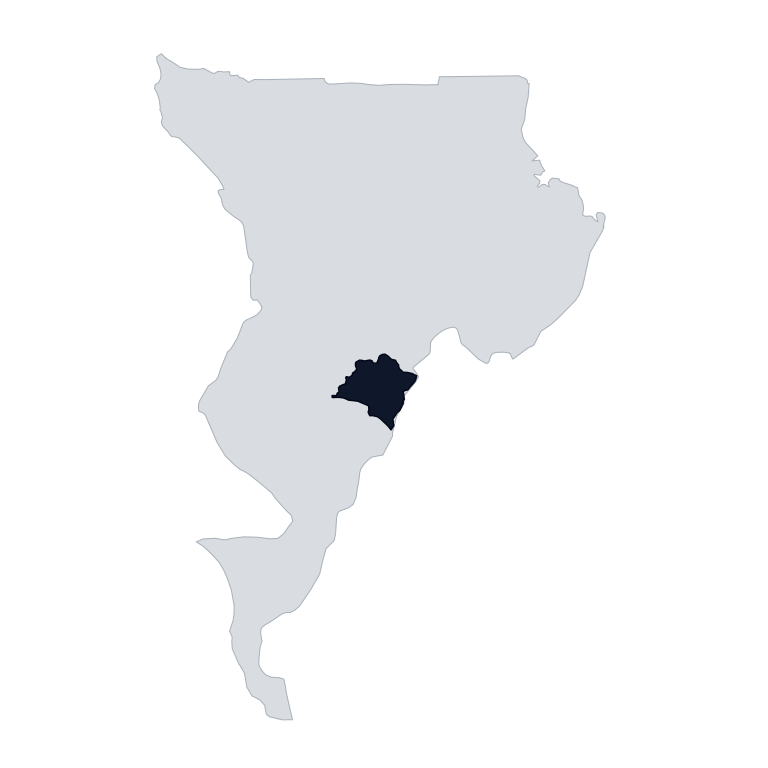 location of Faro-et-Deo, Adamaoua, Cameroon, rotated 179°
{"feature_id": "32672807B79440248069412", "entity_name": "Faro-et-Deo", "entity_type": "district", "adm_level": 2, "iso_a3": "CMR", "parent_name": "Cameroon", "parent_adm1": "Adamaoua", "projection": "orthographic", "projection_center": [12.392, 7.524], "detail": "fine", "context": "in_parent", "style": "filled", "palette": "ink", "viewbox_px": 768, "rotation_deg": 179, "n_neighbors": 0, "source": "geoboundaries", "source_scale": "gbopen_adm2", "svg_char_len": 5821}
<svg xmlns="http://www.w3.org/2000/svg" viewBox="0 0 768 768"><g transform="rotate(179 384 384)"><path d="M161.3,537.6L163.0,533.1L175.7,511.8L183.8,477.6L187.4,469.6L191.1,464.2L209.5,446.1L216.4,440.3L226.3,433.8L233.4,420.4L235.7,419.0L238.9,417.9L254.6,406.6L256.0,408.8L257.0,411.6L258.2,412.8L263.3,413.7L270.3,413.7L274.3,412.9L276.5,410.6L278.7,404.3L280.0,403.1L281.6,402.8L289.2,407.3L301.8,419.7L305.0,422.0L306.4,424.4L309.1,435.7L310.7,438.5L313.4,439.7L318.3,438.9L323.4,437.0L327.9,434.1L332.3,430.4L335.4,427.0L336.7,424.5L337.3,415.3L338.3,413.2L354.8,399.9L354.4,398.6L351.7,394.9L349.3,390.7L351.7,386.5L354.3,383.2L363.8,372.1L364.4,364.0L372.0,351.4L376.4,334.6L376.5,331.4L386.4,313.0L396.8,311.3L400.8,308.8L405.4,304.2L408.4,299.9L409.8,295.9L410.8,288.1L412.6,279.2L413.8,271.4L416.9,264.2L422.1,260.6L431.1,257.5L432.4,256.1L433.7,251.3L435.0,235.4L436.5,228.4L444.8,220.4L448.5,208.0L451.7,194.9L461.2,179.2L472.2,163.5L477.3,159.3L481.6,157.3L486.6,157.1L490.0,155.9L501.9,148.1L506.8,145.4L510.5,142.7L511.4,140.3L511.7,136.9L510.5,128.8L512.5,122.9L513.6,113.7L514.1,106.6L513.6,104.1L511.4,99.9L507.8,95.5L501.8,92.8L493.6,92.1L489.3,90.6L487.7,82.4L487.1,77.2L481.4,49.9L491.7,50.0L504.2,53.2L507.3,55.6L509.0,64.9L513.6,70.2L521.5,74.5L526.5,83.5L528.5,97.1L533.0,105.2L534.0,106.5L540.3,121.8L540.7,128.9L540.2,133.7L542.8,139.6L539.1,149.8L538.0,156.0L537.7,164.7L540.1,180.1L543.9,192.0L547.9,201.6L552.3,209.0L559.6,217.2L567.3,224.7L574.4,229.4L567.8,232.2L555.1,232.7L547.7,231.1L544.2,231.0L540.7,232.1L527.1,233.6L513.3,233.0L500.6,231.2L492.8,231.5L486.9,236.1L482.0,243.0L477.5,248.5L479.1,254.5L482.6,257.8L489.2,265.2L495.2,272.3L498.2,277.1L510.1,287.5L521.6,296.8L527.0,300.0L529.0,300.7L535.3,306.0L543.9,314.8L551.9,328.5L563.2,356.1L565.6,358.4L569.4,359.8L569.9,362.7L569.7,367.1L568.5,370.6L559.7,385.1L552.0,390.7L549.7,394.1L546.9,402.5L539.8,419.0L536.8,421.3L529.8,432.5L524.2,446.5L522.8,448.7L520.4,450.4L512.3,454.0L509.5,455.7L505.4,460.1L504.8,463.0L506.8,466.9L509.1,470.1L513.4,470.1L515.7,473.1L515.8,494.8L513.9,498.1L513.9,499.6L513.0,503.3L512.7,507.5L513.3,509.1L515.0,510.5L517.3,513.4L518.5,520.0L521.4,543.5L522.7,547.2L525.0,549.8L532.2,554.8L539.8,561.4L542.2,565.7L543.6,572.8L546.5,578.3L546.5,580.2L545.3,581.0L540.6,581.5L542.2,585.5L546.1,592.5L565.5,614.1L584.1,633.3L588.4,634.7L591.7,635.1L593.1,636.2L594.8,639.0L601.0,646.0L602.1,650.0L600.8,653.9L602.2,659.9L603.3,662.1L602.9,664.1L603.6,671.4L605.4,677.8L608.1,683.3L607.7,687.1L604.2,689.3L602.1,692.9L601.5,697.9L602.6,703.9L605.4,711.0L605.4,715.2L600.9,718.1L596.0,713.2L590.5,709.9L582.3,704.2L574.0,702.2L563.3,701.9L558.7,702.7L550.7,698.1L548.2,697.4L544.6,699.4L542.2,699.5L539.2,698.8L533.1,698.9L532.5,695.6L531.5,694.9L524.9,695.3L522.8,692.5L522.0,692.8L519.4,692.0L514.1,688.1L508.5,690.7L497.0,690.4L438.6,690.5L437.3,686.9L434.3,685.0L429.1,684.8L413.6,685.6L401.8,685.0L393.8,683.6L383.9,682.7L371.7,683.4L359.2,683.3L336.8,682.3L324.4,682.4L324.7,684.7L323.9,686.3L323.3,690.2L244.1,689.8L237.7,687.1L235.7,685.4L235.1,682.2L233.6,681.8L234.9,668.0L237.6,656.6L238.7,646.0L242.4,636.5L240.5,627.1L238.2,622.9L226.3,609.5L231.8,604.5L224.5,605.1L223.0,600.2L219.5,594.2L221.7,593.3L223.7,590.0L230.3,591.0L230.1,589.5L224.5,584.4L225.0,581.9L227.3,579.1L226.2,577.9L222.2,580.8L219.2,580.7L217.0,578.8L215.3,578.4L216.3,582.3L214.0,585.7L211.9,586.9L208.2,586.6L205.2,585.8L204.4,583.8L201.6,582.4L193.7,579.8L187.0,576.8L185.7,568.6L183.1,565.1L182.0,561.1L181.4,556.6L182.4,549.6L180.7,548.5L178.8,548.1L175.9,548.4L173.2,548.0L170.1,544.1L167.3,542.6L169.0,549.7L167.1,551.7L162.3,551.1L160.2,548.4L159.9,546.4L162.1,537.8L161.3,537.6Z" fill="#d9dde1" stroke="#a8b0b8" stroke-width="1"/><path d="M411.0,406.7L411.3,406.5L411.9,406.0L412.2,404.4L412.1,402.5L410.9,399.2L412.2,397.9L413.4,396.6L415.2,395.5L415.6,393.5L416.6,392.6L418.8,391.2L420.4,391.8L421.5,391.9L422.1,391.1L422.0,390.0L421.2,389.4L421.7,388.2L422.1,386.7L422.5,384.9L423.9,384.4L425.8,383.7L427.1,383.1L428.2,382.7L428.7,381.8L429.5,381.2L429.2,377.8L429.1,376.8L430.8,375.7L431.9,373.1L435.1,373.4L436.1,373.1L436.0,371.6L435.1,371.3L433.1,371.5L430.4,371.4L428.8,371.4L424.8,370.8L422.1,369.7L419.8,368.5L415.5,368.0L410.5,367.3L406.1,365.3L405.8,365.2L399.8,362.5L399.5,358.7L400.3,356.1L399.6,354.3L398.7,352.6L395.9,352.6L391.2,351.5L388.5,349.5L388.0,349.1L383.2,344.4L380.4,341.5L377.8,338.1L377.2,338.5L376.8,339.6L376.3,340.3L375.8,340.7L375.2,341.7L375.0,342.3L374.9,342.8L375.1,343.6L375.3,344.1L375.5,345.2L375.4,345.8L375.3,346.5L375.6,347.1L375.7,347.6L375.7,347.8L375.8,348.0L375.7,348.7L375.2,349.8L374.5,350.4L374.3,351.2L374.1,351.5L373.8,351.6L373.5,351.9L373.2,352.2L372.9,352.6L372.5,353.5L372.3,353.7L371.8,354.7L371.1,355.2L370.6,355.8L369.5,356.6L368.5,357.6L368.3,358.0L367.7,359.4L367.2,359.9L366.9,360.5L366.8,361.2L366.5,361.4L366.4,362.4L366.2,362.7L365.6,363.2L365.3,363.7L365.2,364.4L365.1,365.4L365.1,366.3L365.0,367.0L364.7,367.5L364.4,367.7L364.1,368.1L363.9,368.5L364.2,369.2L364.3,371.3L364.4,372.8L364.6,374.3L364.8,375.1L365.2,376.0L363.6,376.9L363.3,376.9L362.9,377.1L362.4,377.4L361.2,377.5L360.6,377.7L360.0,378.1L359.1,379.1L358.5,380.2L357.3,381.3L357.0,381.6L356.9,381.7L356.7,382.1L356.4,382.3L354.1,384.8L353.3,385.8L352.9,386.5L352.7,387.0L352.5,387.4L352.3,387.7L351.9,389.1L351.5,390.4L351.3,391.6L351.3,391.8L354.3,393.1L355.4,393.9L360.7,395.2L364.4,395.3L366.6,397.4L368.0,398.6L369.1,400.9L369.1,401.2L369.0,402.6L371.4,405.9L372.1,407.5L375.5,408.3L375.8,408.3L376.6,408.9L379.4,411.8L382.5,413.8L385.2,413.6L387.7,412.2L388.7,410.6L389.0,409.0L389.8,407.3L390.5,405.5L391.7,405.0L394.2,405.0L395.1,406.4L395.6,407.4L397.7,408.2L403.3,407.3L404.7,407.8L407.9,408.3L411.0,406.7Z" fill="#0f172a" stroke="#020617" stroke-width="1.5"/></g></svg>